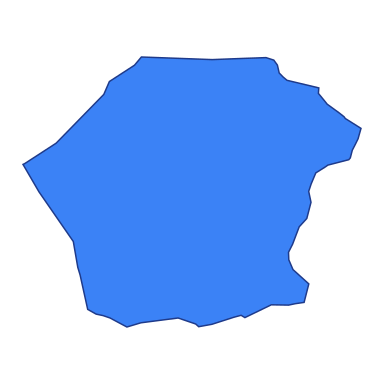 outline of Ikot Ekpene, Akwa Ibom, Nigeria, rotated 270°
{"feature_id": "59680162B36804655757784", "entity_name": "Ikot Ekpene", "entity_type": "district", "adm_level": 2, "iso_a3": "NGA", "parent_name": "Nigeria", "parent_adm1": "Akwa Ibom", "projection": "albers", "projection_center": [7.709, 5.2], "detail": "fine", "context": "isolated", "style": "filled", "palette": "blue", "viewbox_px": 384, "rotation_deg": 270, "n_neighbors": 0, "source": "geoboundaries", "source_scale": "gbopen_adm2", "svg_char_len": 959}
<svg xmlns="http://www.w3.org/2000/svg" viewBox="0 0 384 384"><g transform="rotate(270 192 192)"><path d="M290.6,318.4L296.1,318.8L303.7,287.0L307.0,283.1L311.0,279.2L318.9,277.4L323.9,273.8L326.4,266.0L326.0,255.5L325.7,246.4L325.5,240.9L324.4,212.2L327.0,141.4L318.8,134.5L302.5,109.4L289.6,103.8L240.8,56.1L220.4,24.7L219.6,23.0L192.1,39.0L142.5,73.3L116.6,77.8L109.0,80.1L74.6,87.7L69.9,96.1L68.4,103.1L66.0,110.1L65.8,110.4L57.0,126.9L61.2,140.9L62.6,151.7L66.0,178.1L60.0,195.7L57.3,198.7L59.7,211.9L66.7,233.7L68.7,241.1L66.4,244.9L79.2,271.3L78.9,288.6L80.3,295.2L81.6,304.1L100.1,308.8L114.4,293.0L124.2,288.8L131.7,288.5L139.8,292.6L157.2,299.2L165.5,306.8L181.7,311.0L192.6,308.7L199.9,311.1L211.1,315.8L217.2,325.5L218.9,327.9L224.3,348.8L226.1,350.3L233.8,352.3L239.8,355.4L245.3,358.1L249.3,359.2L255.6,361.0L265.5,345.3L267.2,344.1L271.0,339.3L279.8,327.2L283.8,324.0L290.6,318.4Z" fill="#3b82f6" stroke="#1e3a8a" stroke-width="1.5"/></g></svg>